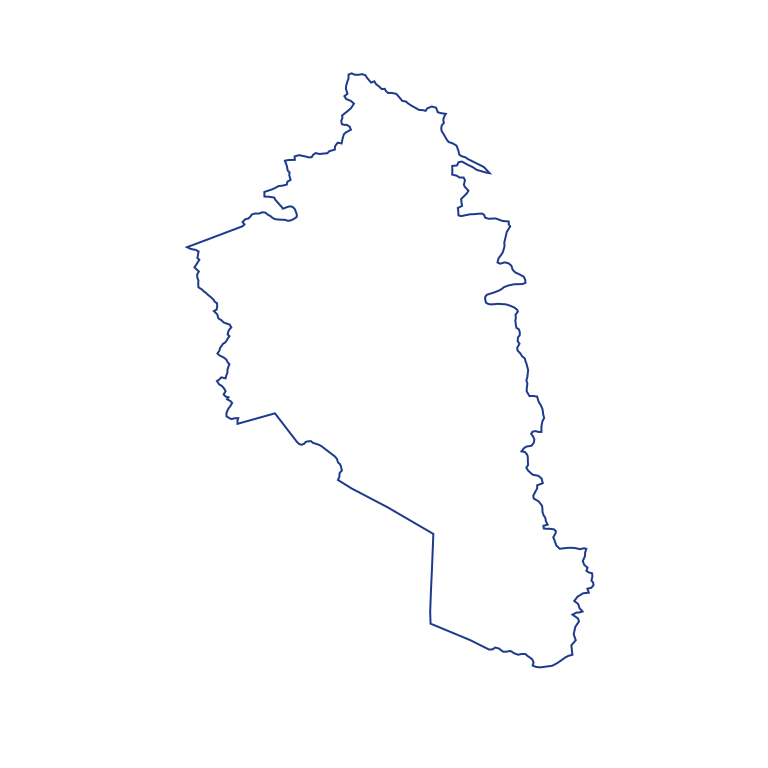 the district of Acopiara, Ceará, Brazil, rotated 78°
{"feature_id": "56859067B11934644430422", "entity_name": "Acopiara", "entity_type": "district", "adm_level": 2, "iso_a3": "BRA", "parent_name": "Brazil", "parent_adm1": "Ceará", "projection": "natural_earth1", "projection_center": [-39.533, -6.148], "detail": "fine", "context": "isolated", "style": "outline", "palette": "blue", "viewbox_px": 768, "rotation_deg": 78, "n_neighbors": 0, "source": "geoboundaries", "source_scale": "gbopen_adm2", "svg_char_len": 5928}
<svg xmlns="http://www.w3.org/2000/svg" viewBox="0 0 768 768"><g transform="rotate(78 384 384)"><path d="M694.6,278.1L693.0,272.5L690.4,266.3L689.3,263.9L688.3,260.4L688.0,256.0L682.9,255.5L678.6,255.1L674.5,249.7L668.2,250.5L661.4,247.4L656.7,242.6L653.7,243.0L648.8,247.6L647.6,243.2L648.1,240.5L647.8,237.1L644.1,239.3L639.6,239.8L635.8,243.0L632.3,239.0L630.1,232.7L630.7,227.0L626.5,227.6L626.4,223.5L624.2,220.8L621.4,220.8L619.6,222.0L615.4,220.1L612.4,219.8L611.0,222.7L608.9,224.9L606.0,223.1L602.7,225.7L598.6,226.4L596.6,225.0L594.3,223.3L590.7,222.3L587.3,220.4L586.2,222.5L586.4,226.3L584.3,231.0L583.3,234.2L582.5,238.2L582.2,241.1L581.7,246.4L577.8,249.0L574.2,249.5L571.3,249.9L569.1,250.3L565.8,247.3L563.6,246.5L561.5,248.0L560.1,251.8L559.4,255.2L558.5,257.8L555.8,257.5L555.6,253.2L551.8,254.2L548.5,254.0L545.6,255.2L542.3,255.6L539.6,255.1L536.1,254.7L531.1,257.0L527.1,261.4L524.3,261.2L519.8,257.5L518.0,255.9L514.9,255.2L514.5,252.0L514.0,249.3L509.2,249.5L505.9,252.1L504.6,255.2L503.6,257.5L498.7,261.0L495.4,262.2L493.2,259.9L489.8,259.4L485.2,258.5L482.8,258.7L479.8,260.3L478.5,263.5L476.0,260.6L474.8,257.8L475.1,252.6L472.6,249.7L469.7,248.5L466.8,248.9L463.3,250.4L461.5,248.6L461.6,245.4L463.1,242.7L463.6,239.9L460.8,239.4L457.8,238.7L453.4,236.8L450.5,234.4L447.2,234.6L444.7,234.4L441.3,234.2L437.5,235.0L433.5,236.4L428.1,236.9L426.6,241.0L426.1,244.2L420.8,246.0L417.8,245.2L413.5,243.7L410.1,244.0L407.2,242.4L400.2,240.1L396.9,240.3L394.2,240.4L390.7,240.9L388.2,241.0L385.8,243.0L382.0,244.5L379.2,246.3L376.5,246.3L372.8,243.1L369.9,244.4L366.4,243.3L364.5,241.1L361.6,240.4L358.6,240.7L356.6,242.8L353.9,242.8L349.1,242.3L346.5,241.2L343.7,241.0L341.0,238.0L338.9,238.4L336.3,240.6L333.4,244.7L331.4,248.3L329.2,256.2L328.9,259.2L328.3,263.2L327.3,265.5L325.7,267.3L322.4,267.5L319.7,266.8L318.1,264.9L317.4,257.6L316.6,252.5L315.6,249.2L314.2,246.5L313.5,241.8L313.5,235.9L315.0,228.2L314.5,224.6L311.6,224.2L308.1,225.0L303.8,230.1L302.4,232.2L299.1,234.4L294.8,234.8L291.8,237.1L290.1,240.7L290.5,245.3L288.7,247.7L285.0,245.9L282.6,243.2L280.6,241.0L277.9,239.3L274.2,237.4L270.9,237.0L260.8,232.3L256.1,227.8L254.0,228.8L251.0,228.2L249.1,234.3L245.3,240.3L244.1,247.4L242.3,250.5L239.4,250.9L237.7,252.6L237.2,255.6L236.6,260.6L235.9,264.5L235.8,273.8L234.5,276.1L231.2,275.5L227.2,275.2L226.0,270.6L219.2,270.2L214.7,263.3L212.4,261.2L207.9,264.0L205.7,264.4L201.4,262.4L198.6,263.2L197.8,267.1L195.4,269.5L193.3,273.8L190.0,272.9L184.9,271.9L185.4,267.2L182.5,264.9L182.6,261.6L184.9,258.9L186.5,257.1L190.7,251.7L193.8,248.8L198.5,240.0L199.7,236.9L192.8,241.0L190.9,243.2L181.4,255.2L179.4,257.0L177.0,261.2L175.2,262.7L171.6,262.7L165.9,263.5L163.0,266.7L160.7,270.5L158.0,271.8L154.3,273.0L151.3,274.0L148.6,275.0L146.1,274.9L143.1,273.8L141.0,271.1L138.6,271.2L136.5,270.5L134.4,269.0L132.6,267.4L130.9,272.0L129.4,274.9L124.6,275.6L122.5,279.5L123.4,284.4L125.5,286.5L124.4,288.5L123.2,292.7L117.7,299.0L114.3,302.4L112.4,303.6L110.8,307.3L108.1,308.7L102.8,311.6L100.9,315.8L100.2,319.5L97.9,321.2L95.4,321.9L95.0,325.0L92.1,326.8L89.0,329.5L85.9,330.5L86.5,333.9L81.3,336.8L78.1,338.0L76.4,341.0L76.2,344.8L75.4,348.4L73.4,351.1L73.9,354.3L77.6,355.1L80.8,357.1L84.6,359.1L87.1,359.9L92.5,359.4L94.2,362.9L97.3,361.8L100.3,357.5L103.5,355.1L107.4,359.0L108.9,361.7L112.7,369.2L115.0,369.3L117.8,371.1L121.1,371.2L122.3,368.8L122.9,366.3L125.4,364.0L128.4,363.5L129.1,366.1L130.1,369.2L131.5,371.4L134.6,373.1L139.9,375.5L138.3,379.2L141.3,382.5L144.5,383.4L144.7,386.3L144.9,389.1L146.5,391.3L146.1,394.5L145.6,399.4L143.9,402.8L145.0,405.6L147.1,407.6L146.7,410.5L145.2,413.3L143.6,417.0L142.5,419.4L142.8,424.1L146.2,424.6L145.0,431.2L145.0,434.5L150.7,433.7L155.3,433.8L157.3,432.4L160.2,433.3L162.8,433.0L165.0,433.0L166.0,436.4L168.7,437.6L168.9,441.9L168.5,446.2L169.8,450.3L170.5,453.9L170.9,457.8L171.3,461.1L175.8,462.0L176.8,458.0L177.7,455.6L178.8,452.6L181.0,452.1L186.4,449.1L189.5,447.3L191.5,446.4L190.7,441.3L190.7,438.6L192.1,436.3L194.6,434.8L200.1,434.0L202.5,434.7L203.8,437.8L204.6,441.0L204.4,444.1L202.8,446.7L201.9,450.6L200.3,455.9L198.5,458.4L196.3,460.0L194.2,462.4L191.6,464.5L190.7,467.4L191.3,470.6L190.4,474.8L190.7,478.0L192.3,479.7L194.0,482.3L193.9,485.2L196.1,488.7L198.9,487.3L200.3,489.6L209.2,548.2L211.2,545.7L212.6,543.0L213.5,540.6L215.8,537.8L221.9,540.3L224.1,538.8L227.3,541.9L230.5,545.2L235.4,541.7L238.2,544.1L241.4,544.5L244.1,544.0L247.3,544.9L250.8,545.4L254.1,542.1L256.1,540.9L257.7,539.3L260.1,537.7L263.7,534.8L266.1,533.2L268.5,532.4L270.3,530.5L273.3,531.0L276.4,532.2L277.3,535.2L281.2,532.6L285.3,532.4L288.0,529.6L290.3,528.2L291.9,525.8L293.8,522.6L296.9,521.6L298.5,524.0L300.6,525.6L303.1,526.6L305.1,525.2L306.7,527.1L308.7,528.8L310.4,530.8L311.3,533.3L313.0,535.0L314.6,536.8L317.3,538.2L319.5,540.6L321.8,539.0L324.6,535.4L327.4,533.1L330.3,532.4L332.5,531.1L334.4,532.4L337.3,534.1L340.3,534.8L343.1,536.6L345.5,537.8L343.7,541.8L345.4,544.3L346.4,546.8L350.0,545.4L352.2,543.0L355.1,541.4L358.0,540.4L360.9,543.0L363.4,541.5L364.7,538.9L366.3,540.7L368.7,537.8L371.0,536.5L373.5,538.8L376.0,541.6L379.7,544.2L382.8,544.8L385.2,542.4L386.6,540.5L386.5,536.8L387.1,533.7L389.2,534.9L392.5,535.6L390.3,500.9L390.0,496.8L422.7,481.1L424.9,479.6L426.3,477.4L425.9,474.6L424.4,472.6L424.3,470.2L424.7,467.3L426.8,465.7L428.2,463.3L429.6,460.8L431.7,458.2L444.9,446.9L447.6,445.6L451.1,445.3L453.4,443.6L456.5,443.2L459.9,443.2L461.8,445.9L465.8,447.1L468.3,449.0L479.9,436.9L487.6,427.5L489.7,425.0L499.4,413.3L505.2,406.3L540.9,366.9L572.0,374.8L583.9,377.9L594.2,380.6L616.4,386.2L628.1,388.3L636.9,375.5L652.4,353.0L665.7,336.3L666.1,332.7L664.9,330.1L666.5,326.7L670.4,323.4L671.2,320.9L671.4,315.8L674.6,312.5L676.7,309.1L676.7,305.4L677.5,301.8L679.8,300.2L681.7,298.3L684.3,296.2L687.3,295.6L690.4,297.1L692.5,293.8L693.7,289.9L694.6,278.1Z" fill="none" stroke="#1e3a8a" stroke-width="2"/></g></svg>